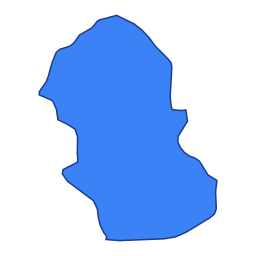 the border of Gombe
{"feature_id": "NGA-2859", "entity_name": "Gombe", "entity_type": "State", "adm_level": 1, "iso_a3": "NGA", "parent_name": "Nigeria", "parent_adm1": "", "projection": "orthographic", "projection_center": [11.213, 10.454], "detail": "fine", "context": "isolated", "style": "filled", "palette": "blue", "viewbox_px": 256, "rotation_deg": 0, "n_neighbors": 0, "source": "natural_earth", "source_scale": "10m", "svg_char_len": 860}
<svg xmlns="http://www.w3.org/2000/svg" viewBox="0 0 256 256"><path d="M105.9,239.5L106.7,236.4L103.9,232.8L100.3,225.5L98.3,217.5L97.4,209.2L93.6,200.8L67.5,181.3L62.3,173.8L63.0,169.6L77.5,162.2L77.8,158.5L77.3,154.7L77.6,136.8L75.0,129.1L66.9,124.0L57.9,119.7L56.5,109.6L52.6,100.7L39.1,94.8L39.5,91.3L46.1,82.0L48.0,77.2L52.3,62.0L56.2,52.5L59.9,49.3L69.5,46.3L73.7,43.2L79.7,34.9L91.6,28.0L94.6,24.8L96.6,21.9L99.2,20.0L116.6,15.4L134.0,23.8L142.0,30.1L149.0,37.6L155.1,45.9L168.3,59.3L171.0,62.7L171.8,67.1L170.2,96.6L171.1,105.8L172.2,109.6L181.1,110.5L185.9,110.0L187.5,121.2L178.1,136.4L177.8,142.0L180.5,147.7L184.4,152.5L189.2,155.9L194.7,158.0L199.4,161.1L207.9,174.9L216.9,180.5L215.6,191.7L216.3,208.7L214.4,214.0L209.7,217.9L186.3,232.1L175.5,236.9L163.9,238.8L119.4,240.6L105.9,239.5Z" fill="#3b82f6" stroke="#1e3a8a" stroke-width="1.5"/></svg>